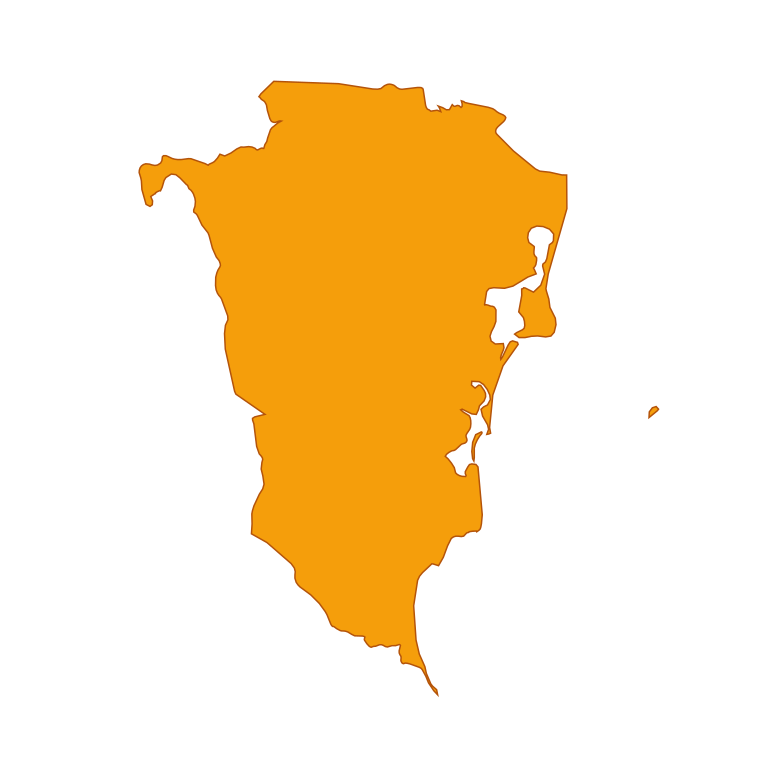 Atlántico Sur, orthographic projection, rotated 9°
{"feature_id": "NIC-644", "entity_name": "Atlántico Sur", "entity_type": "Autonomous Region", "adm_level": 1, "iso_a3": "NIC", "parent_name": "Nicaragua", "parent_adm1": "", "projection": "orthographic", "projection_center": [-84.133, 12.113], "detail": "fine", "context": "isolated", "style": "filled", "palette": "amber", "viewbox_px": 768, "rotation_deg": 9, "n_neighbors": 0, "source": "natural_earth", "source_scale": "10m", "svg_char_len": 6135}
<svg xmlns="http://www.w3.org/2000/svg" viewBox="0 0 768 768"><g transform="rotate(9 384 384)"><path d="M531.7,149.0L537.2,182.2L529.0,249.6L529.0,264.5L529.9,266.9L533.5,274.3L535.9,282.4L542.9,292.2L544.6,298.5L544.0,306.3L541.4,310.5L536.3,312.2L528.3,312.5L522.2,313.8L516.0,316.1L510.1,317.0L505.2,314.3L507.0,312.5L512.2,308.8L513.7,307.1L513.9,304.2L512.9,300.1L511.3,296.6L505.8,291.7L506.2,275.0L505.1,268.6L506.3,268.1L506.9,267.1L508.5,267.1L517.3,269.9L523.4,261.9L525.5,250.4L522.2,242.6L522.2,240.7L524.3,238.3L525.2,234.8L525.6,220.6L528.2,217.9L528.9,216.1L528.1,209.3L523.3,205.2L516.6,203.6L510.2,204.1L505.1,207.1L502.9,211.9L503.0,217.1L505.0,221.6L510.5,224.5L511.0,225.0L511.4,230.2L511.8,232.0L512.9,233.8L514.0,234.5L515.0,235.5L515.4,238.1L515.3,242.4L514.7,244.2L513.5,246.1L514.5,247.3L517.1,251.4L509.3,255.9L496.1,267.1L488.1,270.6L477.3,271.7L472.8,273.3L470.9,276.6L470.9,289.9L471.2,290.2L472.2,289.7L474.3,289.8L477.3,290.4L479.3,290.3L481.0,290.9L483.0,293.3L484.7,304.7L483.7,310.1L482.0,315.3L481.2,320.2L483.1,324.8L487.7,327.1L495.5,325.4L496.8,329.3L496.5,331.9L495.3,336.9L495.0,339.8L495.5,341.4L496.7,339.0L500.6,325.9L502.1,322.6L504.3,321.3L509.3,322.0L510.3,323.9L498.7,347.4L493.2,377.8L495.1,410.4L497.0,415.9L495.3,417.0L493.4,417.7L494.4,412.4L492.7,408.1L486.4,400.3L483.8,393.8L485.9,391.1L489.5,388.5L491.5,382.7L490.2,378.3L486.9,373.3L482.5,369.0L477.8,366.8L470.3,367.6L470.6,371.4L474.6,373.8L477.8,370.3L479.7,370.3L483.9,374.7L485.7,377.4L486.4,380.8L485.5,385.1L481.7,390.6L481.3,394.7L479.9,399.6L475.4,399.8L465.1,396.6L463.8,397.5L466.8,399.4L472.9,401.9L474.4,403.9L475.4,406.6L476.0,409.7L476.2,413.1L475.7,415.4L473.5,420.1L473.0,422.0L473.4,423.4L474.2,424.9L474.8,426.5L474.5,428.2L473.2,429.7L470.5,431.0L469.6,431.7L464.9,437.7L463.5,438.7L461.4,439.4L458.9,441.3L456.8,443.6L455.8,445.8L459.1,448.0L463.1,451.7L466.5,455.6L468.6,460.5L470.4,461.8L472.9,462.7L475.4,463.0L479.1,462.6L479.4,461.5L478.3,459.8L478.0,457.8L479.7,452.9L481.0,450.2L483.2,449.2L487.4,449.1L489.8,451.2L501.5,497.8L502.1,506.8L502.0,510.1L501.7,512.1L500.7,513.6L498.7,515.5L498.2,514.8L494.7,515.5L491.2,516.6L490.9,517.3L489.0,518.1L486.5,521.8L484.2,522.6L481.2,522.7L478.7,523.1L476.6,524.1L474.6,526.0L472.1,533.9L469.7,545.9L466.3,554.9L461.0,554.1L459.4,554.1L451.5,564.3L449.2,568.2L447.9,572.6L448.0,598.4L455.7,631.9L461.1,645.2L468.6,656.8L471.1,663.2L477.1,672.8L479.2,674.8L483.8,677.7L485.6,682.6L481.2,679.2L474.7,672.2L471.1,666.2L466.5,660.2L465.1,659.0L463.2,658.3L453.3,656.4L450.5,656.2L448.7,656.3L447.0,657.2L446.3,657.1L445.4,656.7L444.3,655.3L443.9,654.3L443.7,651.7L443.3,650.3L442.1,648.9L441.1,647.3L440.7,645.1L441.1,640.3L441.1,639.5L440.6,639.1L439.9,638.9L436.4,640.6L432.8,641.2L428.5,643.2L426.4,643.1L424.0,642.2L422.4,641.9L420.6,642.2L419.7,642.6L416.8,644.3L414.7,644.8L412.5,646.0L411.5,645.8L410.2,645.2L407.7,643.2L405.0,640.3L404.6,639.7L404.5,639.1L404.7,636.9L403.9,636.5L402.3,636.3L394.4,637.3L391.2,636.3L387.1,634.6L384.8,634.2L383.2,634.2L380.7,634.5L379.4,634.4L375.4,633.0L372.8,631.6L371.9,631.4L371.2,631.5L370.1,630.8L368.9,629.3L363.8,620.8L361.6,618.0L354.5,610.9L344.6,603.7L332.8,597.6L330.5,595.9L328.3,593.6L326.4,589.7L325.9,586.4L325.7,583.2L324.2,579.7L320.4,575.9L293.2,558.9L276.5,552.7L275.6,542.9L273.8,533.0L273.9,529.7L274.6,524.7L278.1,512.4L280.6,506.6L281.2,501.7L278.7,493.7L276.0,487.2L275.7,480.6L276.0,477.5L275.4,475.9L273.8,474.2L271.7,472.5L268.0,465.6L261.7,443.7L259.9,440.3L259.5,438.5L261.5,436.7L271.2,432.6L239.3,417.2L237.6,414.6L221.8,374.4L218.6,359.2L218.2,350.8L219.8,345.0L219.0,341.2L210.2,325.4L208.8,323.8L207.0,322.3L205.3,320.4L203.5,317.3L202.2,313.1L201.1,304.9L201.5,300.5L202.2,297.4L203.6,294.0L203.9,292.5L203.4,290.7L201.9,288.0L198.5,284.8L193.4,276.9L188.0,264.7L186.5,262.2L179.3,255.5L173.3,246.7L172.0,245.4L169.2,243.9L168.8,242.0L169.5,238.0L169.2,233.3L168.2,230.1L166.0,226.0L164.5,224.2L163.0,222.8L160.8,221.6L158.9,218.5L157.6,217.9L150.3,212.4L145.7,209.8L141.1,209.9L136.3,214.2L135.0,217.3L134.1,224.4L133.0,228.2L132.3,228.1L130.2,229.4L128.4,230.9L128.5,231.7L127.7,232.1L124.3,235.3L126.8,239.4L127.1,243.2L125.1,245.2L120.9,243.8L114.5,229.9L112.6,221.3L111.5,218.4L109.1,213.5L108.9,211.1L109.3,208.6L110.3,206.6L112.0,204.9L114.2,203.8L117.8,203.5L120.6,203.9L123.5,204.0L126.0,203.2L128.8,200.7L129.7,198.2L129.6,194.2L130.5,193.0L133.0,192.6L135.1,193.1L139.5,194.4L142.3,194.7L145.3,194.6L148.8,194.0L155.6,192.0L158.1,191.7L172.8,194.3L176.1,195.4L177.0,194.2L180.1,192.2L181.7,190.8L184.2,186.9L186.0,182.7L191.0,183.7L196.7,179.8L201.9,174.8L205.6,172.3L208.5,172.0L213.2,170.7L216.6,170.6L219.8,171.4L221.3,172.5L222.6,172.6L225.3,170.6L226.7,170.0L227.7,170.3L228.4,170.1L228.9,166.2L230.3,162.8L230.6,159.2L232.1,150.6L233.2,148.5L238.4,142.7L241.4,140.4L240.7,140.4L239.4,140.6L236.0,142.5L234.5,142.8L232.9,142.6L232.3,142.4L231.2,141.7L229.7,139.7L226.1,132.2L224.2,126.7L222.3,124.2L221.3,123.4L218.3,122.0L216.5,120.3L215.5,119.8L217.0,116.7L227.8,102.3L292.1,94.5L326.8,94.4L331.7,93.8L334.8,92.6L337.8,89.3L340.4,87.6L342.3,87.0L343.9,86.9L345.8,87.1L347.1,87.4L348.7,88.2L350.4,89.3L353.3,90.2L355.7,90.1L370.7,85.9L374.1,85.4L376.0,86.0L376.7,87.2L381.5,102.3L382.5,104.2L383.9,105.8L385.5,106.1L387.6,107.2L393.6,105.3L397.5,106.1L395.4,102.4L394.1,101.0L398.8,101.9L402.7,103.4L405.7,102.8L407.7,97.4L409.4,98.6L410.6,98.7L412.8,97.4L414.5,97.4L416.8,98.8L417.7,97.7L417.4,95.1L416.1,92.2L418.7,92.6L419.7,93.3L423.4,93.6L443.6,94.4L448.4,95.1L450.9,96.2L452.8,97.4L455.4,98.5L459.7,99.6L461.6,100.6L462.6,101.8L462.4,103.2L461.9,104.7L461.0,106.2L456.3,112.0L455.4,113.5L454.8,114.9L454.7,116.4L454.9,117.7L455.6,118.9L456.7,119.9L475.4,133.6L499.9,147.9L504.5,149.4L514.6,148.9L527.1,149.7L531.7,149.0ZM483.2,443.9L481.3,436.9L480.7,427.7L482.5,419.7L487.6,416.1L488.0,416.2L488.3,416.4L488.4,416.9L488.3,417.7L486.7,420.3L484.9,424.5L483.6,429.1L483.2,433.2L484.7,442.6L484.8,446.0L483.2,443.9ZM651.0,375.7L650.4,370.0L652.8,365.5L656.3,363.7L659.1,365.9L658.2,367.6L651.0,375.7Z" fill="#f59e0b" stroke="#b45309" stroke-width="1.5"/></g></svg>